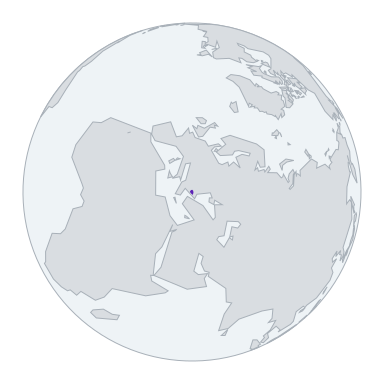 the Earth from above Kardzhali, rotated 58°
{"feature_id": "BGR-2237", "entity_name": "Kardzhali", "entity_type": "Province", "adm_level": 1, "iso_a3": "BGR", "parent_name": "Bulgaria", "parent_adm1": "", "projection": "orthographic", "projection_center": [25.602, 41.573], "detail": "fine", "context": "on_globe", "style": "filled", "palette": "violet", "viewbox_px": 384, "rotation_deg": 58, "n_neighbors": 0, "source": "natural_earth", "source_scale": "10m", "svg_char_len": 11022}
<svg xmlns="http://www.w3.org/2000/svg" viewBox="0 0 384 384"><g transform="rotate(58 192 192)"><circle cx="192" cy="192" r="169" fill="#eef3f6" stroke="#a8b0b8"/><path d="M131.8,34.1L136.2,32.9L131.4,34.6L134.0,33.9L140.2,32.0L143.6,30.9L161.0,29.1L181.6,27.5L187.9,26.1L186.7,27.4L198.6,24.7L209.7,25.0L197.3,25.3L196.0,25.9L203.6,26.2L203.9,27.0L207.8,27.8L207.6,28.8L200.3,29.4L200.0,30.2L205.4,30.4L208.5,32.0L200.7,31.4L205.3,34.1L194.1,36.4L173.3,35.7L167.0,39.3L145.6,45.1L147.6,46.0L140.7,49.4L140.4,51.9L136.5,52.6L139.6,54.0L143.2,52.9L145.8,53.2L146.0,54.7L141.0,55.8L140.2,55.2L138.9,56.3L136.4,56.3L137.7,57.1L131.7,58.5L137.8,59.4L133.2,62.5L129.2,62.8L129.4,59.8L120.7,54.4L116.7,54.5L110.9,57.4L100.1,68.6L95.8,70.3L90.0,74.7L92.4,74.9L97.8,71.6L100.9,73.5L107.1,69.7L109.3,70.1L115.7,67.7L114.9,71.4L110.6,76.5L105.2,78.8L103.1,81.2L108.4,82.0L98.4,89.6L92.1,100.8L89.5,102.6L84.3,100.3L84.0,92.3L77.2,90.9L81.7,95.4L75.1,100.6L74.1,103.1L74.5,105.2L77.1,104.7L74.8,107.4L69.6,103.5L71.5,101.0L73.1,102.1L73.0,98.6L69.3,96.7L66.3,99.9L64.1,94.9L61.9,97.2L60.2,97.7L63.8,94.2L57.2,100.6L54.1,98.2L45.0,110.2L53.8,96.8L56.9,91.8L59.8,87.2L58.3,89.0L64.2,81.5L64.5,81.2L72.5,72.5L81.2,64.4L90.4,57.0L100.2,50.2L110.3,44.1L120.9,38.7L131.8,34.1ZM28.9,148.0L28.4,150.8L26.5,158.0L27.6,154.8L26.3,161.5L26.1,173.3L25.7,174.0L25.3,192.9L27.9,208.0L28.4,216.1L27.8,218.1L29.4,223.0L29.5,225.3L38.3,244.6L45.1,258.4L46.4,265.9L43.7,268.0L48.2,280.6L47.3,279.2L41.3,268.4L36.1,257.1L31.7,245.5L28.3,233.7L25.6,221.6L23.9,209.3L23.1,197.0L23.2,184.6L24.2,172.3L26.1,160.0L28.9,148.0ZM42.8,113.6L35.8,130.3L37.4,124.7L37.5,124.8L39.8,119.7L43.2,112.4L45.2,108.3L42.8,113.6ZM45.0,112.2L46.0,109.8L45.4,111.7L45.0,112.2ZM145.1,30.4L140.3,31.9L134.5,33.6L138.5,32.1L145.1,30.4ZM156.0,28.3L153.9,28.9L151.2,29.0L153.2,28.5L156.0,28.3ZM192.4,25.1L188.4,25.2L192.2,24.9L192.4,25.1ZM208.4,27.7L209.4,27.5L211.0,28.0L208.4,27.7ZM115.8,65.9L115.7,66.8L114.6,66.8L115.8,65.9ZM118.6,64.1L117.2,63.5L118.4,62.5L119.2,63.0L118.6,64.1ZM212.0,30.2L214.2,31.3L210.7,30.3L212.0,30.2ZM120.0,65.2L120.6,61.0L122.6,59.5L127.4,59.9L120.0,65.2ZM214.7,32.0L220.1,35.0L222.9,34.7L218.2,37.7L215.1,33.9L210.4,32.6L213.9,32.7L214.7,32.0ZM144.3,51.9L140.5,53.2L143.5,50.8L144.3,51.9ZM145.7,50.4L151.4,43.4L157.1,42.6L154.0,44.9L161.3,43.0L161.3,46.0L157.3,47.7L153.6,47.6L156.4,48.9L145.7,50.4ZM214.8,39.1L215.0,40.1L213.4,39.2L214.8,39.1ZM147.1,53.2L147.7,51.7L152.7,50.8L152.4,53.6L150.9,53.0L147.1,53.2ZM163.3,41.2L166.9,41.2L167.9,43.5L169.5,43.9L161.8,46.0L163.3,41.2ZM149.8,53.9L152.0,55.0L149.8,56.9L146.8,54.5L149.8,53.9ZM154.2,49.5L156.6,49.2L155.1,50.2L154.2,49.5ZM143.2,64.4L143.8,62.5L146.5,61.8L143.2,64.4ZM153.0,55.4L153.8,54.7L154.9,54.3L155.9,55.5L153.0,55.4ZM163.1,47.6L162.7,48.7L166.3,46.8L167.1,48.7L161.9,49.9L164.5,50.2L164.8,50.8L160.2,51.1L163.1,47.6ZM160.3,55.4L153.9,57.9L152.1,61.5L149.6,62.2L153.0,56.2L160.3,55.4ZM160.6,52.8L159.9,54.5L157.2,54.3L156.1,53.0L160.6,52.8ZM169.6,49.7L169.6,46.5L170.8,46.4L169.6,49.7ZM160.3,56.5L161.8,55.9L160.5,56.8L160.3,56.5ZM167.4,51.7L167.2,50.6L168.5,50.5L167.4,51.7ZM165.0,55.8L163.0,56.5L162.1,55.6L165.0,55.8ZM166.5,54.0L168.4,54.1L163.1,54.8L166.2,53.4L166.5,54.0ZM168.6,51.8L169.3,51.4L168.5,52.4L168.6,51.8ZM169.3,59.1L162.9,60.2L161.1,58.1L167.6,57.2L169.3,59.1ZM90.3,265.4L80.1,238.9L85.1,232.2L85.9,221.5L120.3,195.7L127.6,200.3L154.8,201.0L158.2,202.9L155.0,211.6L175.4,224.5L182.0,217.4L200.4,223.2L212.6,222.1L216.8,205.0L196.8,206.4L193.3,198.2L209.3,189.9L226.8,188.9L225.9,185.7L214.8,179.7L218.8,173.1L211.0,177.1L214.2,180.2L209.4,182.9L206.2,180.4L207.7,178.0L202.4,176.9L196.5,189.0L199.1,193.4L185.3,195.8L188.4,203.5L184.6,207.1L178.1,195.4L178.7,191.1L166.6,177.9L164.7,182.5L176.0,195.5L172.5,194.3L170.0,201.4L169.1,195.1L157.3,180.4L144.8,181.3L128.9,196.1L121.6,195.6L115.4,190.1L121.2,172.9L136.9,176.0L139.1,170.6L135.9,161.0L140.9,163.0L141.6,159.7L147.5,160.5L155.8,153.8L161.8,153.9L165.1,144.1L168.6,142.9L165.7,149.0L166.9,153.5L181.8,154.1L184.7,152.0L185.6,145.7L189.6,147.0L188.6,140.8L197.2,138.4L185.8,136.4L186.6,129.6L191.7,124.5L190.0,122.1L181.6,130.5L180.0,134.3L182.0,138.0L176.1,148.7L171.0,150.2L169.4,138.1L162.0,139.1L164.1,129.7L185.5,111.8L194.4,108.5L209.3,116.7L207.2,121.0L200.8,120.0L206.7,127.0L206.2,123.5L209.6,124.7L211.1,119.0L213.6,119.6L210.9,113.3L214.1,113.5L215.7,117.5L220.7,109.8L227.3,108.8L227.2,106.9L225.3,105.0L234.9,105.4L234.5,103.9L231.2,103.2L228.1,99.9L226.4,94.5L229.9,94.9L230.9,96.9L238.3,102.0L240.5,107.7L241.8,107.4L240.6,102.6L231.6,96.3L229.7,92.9L234.3,95.3L232.4,94.2L232.5,92.6L235.8,91.6L230.9,88.9L227.3,73.2L233.3,70.1L237.8,73.7L238.9,64.5L245.5,62.7L242.5,61.9L240.9,57.5L238.8,58.0L237.2,57.3L232.2,47.3L233.7,45.6L228.1,41.3L226.5,41.0L225.1,41.9L218.2,37.7L222.9,34.7L226.2,35.4L226.9,33.4L234.4,35.6L241.0,36.7L248.8,40.9L253.3,41.8L253.0,40.9L258.9,41.8L272.0,47.3L262.6,46.5L243.2,40.9L251.2,43.3L249.8,44.0L252.9,45.7L258.5,47.6L258.9,47.0L269.7,57.8L284.0,67.2L282.1,62.5L285.2,62.2L299.7,70.8L319.1,93.3L323.4,94.8L326.5,97.9L328.9,103.1L324.5,98.6L323.3,100.0L320.4,96.9L322.9,104.3L318.9,100.3L322.8,108.4L325.9,110.0L325.2,104.7L330.3,114.0L334.9,115.1L340.0,121.8L347.8,142.5L348.8,154.7L349.8,157.5L347.8,158.1L348.7,167.1L355.4,174.6L356.4,178.7L356.3,193.2L355.6,190.4L350.4,191.8L352.0,202.9L356.1,204.3L357.6,211.3L355.6,213.4L353.8,207.6L351.9,207.8L350.5,198.8L345.3,189.1L343.2,196.4L341.6,191.1L334.1,185.4L330.0,195.7L324.7,219.6L326.9,233.7L323.7,242.9L312.6,229.4L307.1,217.1L303.4,221.2L291.7,214.4L272.2,222.9L269.2,220.0L265.6,223.3L257.3,222.1L252.6,216.7L247.7,218.7L260.1,232.4L265.4,230.4L269.4,222.1L271.9,227.5L279.9,229.8L271.9,247.6L242.6,268.5L239.4,258.2L215.4,230.3L215.9,226.5L215.8,226.0L215.5,225.3L213.7,231.6L209.4,225.6L222.6,246.6L225.0,255.6L242.2,269.2L240.7,271.2L246.1,273.3L263.2,264.6L263.3,268.2L255.5,286.3L231.6,310.9L234.6,322.1L232.6,331.3L217.4,338.9L218.4,344.5L210.5,347.1L209.8,349.9L203.2,353.0L192.4,355.6L174.4,355.0L173.5,353.0L164.9,347.7L152.9,332.5L157.7,325.6L156.2,319.1L143.2,301.8L146.0,292.9L142.5,288.3L135.2,287.9L131.1,282.0L126.6,280.9L98.8,275.5L90.3,265.4ZM108.6,212.2L107.7,215.4L108.6,212.2ZM245.6,196.3L255.8,194.2L250.6,184.6L254.1,183.1L251.1,180.6L250.2,183.9L242.6,176.6L246.8,172.3L245.2,167.8L241.7,168.4L235.3,177.7L246.1,188.0L244.0,193.0L245.6,196.3ZM26.2,173.6L26.0,176.5L25.8,174.6L26.2,173.6ZM36.4,126.6L35.5,129.1L34.6,131.4L35.0,129.9L36.4,126.6ZM32.0,146.8L31.6,150.2L31.5,147.9L32.0,146.8ZM35.0,132.8L32.3,144.4L32.1,140.8L34.1,133.6L33.5,136.9L35.0,132.8ZM42.9,114.7L42.1,116.7L41.5,117.4L42.9,114.7ZM44.6,113.5L44.7,113.1L45.6,111.4L44.6,113.5ZM75.5,100.8L75.8,101.2L75.7,103.6L74.6,103.2L75.5,100.8ZM82.0,111.0L78.3,115.2L80.2,111.7L77.9,111.7L79.2,104.7L88.3,103.2L83.9,105.0L82.0,111.0ZM83.3,95.5L81.5,99.8L83.1,95.2L83.3,95.5ZM139.1,141.9L141.1,144.6L138.9,148.1L131.2,149.0L134.5,143.8L139.1,141.9ZM144.5,147.7L145.1,136.0L149.9,135.3L147.1,137.6L150.2,138.3L146.6,142.3L150.5,153.4L148.8,157.3L135.6,156.3L140.9,154.3L138.6,151.7L144.5,147.7ZM138.3,110.8L138.6,106.7L148.5,110.4L147.1,113.9L139.4,114.7L136.6,111.1L138.3,110.8ZM128.3,67.2L127.8,66.1L129.2,65.6L130.7,66.3L128.3,67.2ZM143.3,63.6L132.0,72.1L130.9,71.1L125.7,77.7L120.6,77.8L124.1,73.4L116.3,78.7L117.5,74.8L112.5,78.8L120.9,69.1L121.7,66.1L122.8,69.3L127.4,69.2L129.7,68.3L136.5,63.5L140.4,57.5L145.6,56.7L148.3,57.9L148.1,59.2L144.8,59.2L147.0,61.0L142.1,62.0L143.3,63.6ZM176.5,76.4L172.7,74.9L176.3,80.5L171.4,80.8L172.1,81.5L168.6,83.4L165.5,87.0L163.3,86.6L163.1,88.2L160.7,89.7L159.7,91.8L155.3,92.0L153.6,94.7L152.5,93.3L150.8,97.9L150.1,94.6L147.0,96.4L149.4,98.6L128.2,96.4L119.9,98.6L113.4,102.5L113.0,96.8L118.8,89.8L127.6,83.4L135.6,82.3L134.0,80.1L137.3,79.0L137.2,81.2L139.4,77.3L142.2,77.0L150.0,72.5L151.4,67.4L154.3,65.8L155.1,67.6L157.4,64.7L160.9,67.3L163.1,66.3L168.6,67.9L169.0,72.5L171.3,71.0L175.7,72.5L176.5,76.4ZM170.8,59.6L172.3,64.5L170.3,67.3L161.4,63.3L159.0,63.9L153.2,61.8L156.2,58.0L157.6,58.9L159.6,58.9L157.9,60.1L160.8,59.2L162.8,60.5L165.6,60.1L165.3,61.8L170.8,59.6ZM162.0,199.9L164.6,200.5L168.8,200.5L167.3,205.1L162.0,199.9ZM153.7,189.9L156.1,189.6L156.0,195.7L153.3,195.2L153.7,189.9ZM157.5,184.5L156.3,189.2L155.3,186.3L157.5,184.5ZM167.9,148.5L170.4,147.9L170.7,149.4L169.2,151.6L167.9,148.5ZM186.3,94.2L184.4,92.6L185.2,91.9L184.1,87.1L187.6,86.7L189.7,89.4L186.3,94.2ZM213.4,208.3L209.9,211.8L208.0,210.4L209.6,209.5L213.4,208.3ZM187.4,209.2L193.4,211.3L187.0,210.5L187.4,209.2ZM190.0,93.0L189.1,91.0L191.5,92.0L190.0,93.0ZM190.2,86.1L192.9,86.8L187.9,86.1L190.2,86.1ZM260.6,323.3L248.1,339.9L240.4,341.8L239.5,338.5L244.4,329.2L253.5,324.4L258.1,318.9L260.6,323.3ZM358.2,222.6L358.0,223.2L357.1,226.9L357.7,223.5L359.1,217.0L358.2,222.6ZM357.6,223.8L355.6,225.7L349.7,218.7L351.9,215.2L357.4,214.6L357.2,217.2L358.4,217.2L357.6,223.8ZM360.4,205.9L360.3,206.6L360.0,209.0L359.8,204.1L360.0,199.2L360.4,196.6L359.7,173.8L359.9,173.1L360.6,181.5L360.7,182.1L360.9,194.0L360.4,205.9ZM327.6,234.5L331.2,240.0L329.2,243.2L327.6,234.5ZM357.7,161.0L359.1,170.6L357.3,159.6L357.7,161.0ZM355.6,152.0L356.3,154.5L355.8,153.6L355.6,152.0ZM351.4,161.3L351.0,164.7L350.2,162.9L350.1,157.4L351.4,161.3ZM344.0,127.6L347.0,133.0L348.1,135.4L346.4,133.4L344.0,127.6ZM219.2,88.9L216.8,95.8L217.4,101.0L221.5,104.1L214.7,102.9L213.8,94.9L219.2,88.9ZM226.0,74.9L222.4,72.6L224.5,71.9L225.7,72.4L226.0,74.9ZM223.4,74.7L217.8,75.2L216.2,72.8L220.9,72.9L223.4,74.7ZM203.9,83.6L203.0,85.6L201.1,84.6L203.9,83.6ZM358.5,163.5L358.6,163.9L358.4,162.8L358.5,163.5ZM356.5,153.4L357.4,157.6L355.9,151.2L356.5,153.4ZM357.1,156.8L356.3,153.9L356.1,152.2L357.1,156.8ZM356.1,151.9L354.6,146.3L355.2,148.1L356.1,151.9ZM354.2,147.9L355.1,148.4L355.4,152.2L351.6,142.4L351.2,139.6L354.2,147.9ZM327.7,95.5L325.6,93.6L324.2,90.8L326.0,92.9L327.7,95.5ZM317.6,81.0L323.1,89.5L327.2,96.8L327.7,96.4L331.8,101.8L329.1,100.2L323.6,92.0L321.2,87.2L317.4,83.3L313.4,78.2L309.0,74.8L306.2,71.9L309.4,73.7L317.6,81.0ZM307.2,73.5L298.0,66.9L296.9,63.9L298.6,64.6L303.3,68.8L303.6,70.2L307.2,73.5ZM295.5,64.5L295.7,65.8L282.7,61.2L279.7,59.6L288.9,60.9L289.7,62.3L293.0,64.2L295.5,64.5ZM216.7,40.0L215.1,40.1L216.0,39.4L216.7,40.0ZM236.1,57.7L234.1,56.7L235.1,55.8L236.1,57.7ZM229.0,53.5L229.2,55.2L227.6,53.3L229.0,53.5ZM230.1,59.2L228.7,55.8L232.0,59.4L230.1,59.2Z" fill="#d9dde1" stroke="#a8b0b8" stroke-width="1"/><path d="M193.0,191.8L193.2,192.0L193.2,192.3L193.3,192.4L193.2,192.4L193.2,192.5L192.9,192.7L192.8,192.8L192.7,192.8L192.5,192.7L192.4,192.7L192.3,192.8L192.2,192.8L191.9,192.8L191.7,192.9L191.3,193.0L191.2,193.0L191.1,192.8L191.0,192.7L191.0,192.4L191.0,192.1L190.9,192.2L190.7,192.1L190.7,191.9L190.8,191.9L190.9,191.7L190.8,191.4L190.9,191.2L191.0,191.2L191.2,191.3L191.3,191.3L191.5,191.2L191.6,191.3L191.8,191.4L192.0,191.4L192.0,191.5L192.0,191.8L192.3,191.8L192.4,191.7L192.5,191.8L192.6,192.0L192.8,191.9L193.0,191.8L193.0,191.8Z" fill="#8b5cf6" stroke="#5b21b6" stroke-width="1.5"/></g></svg>